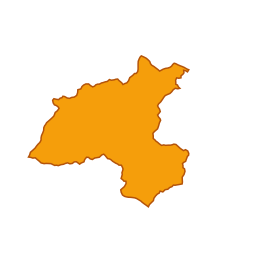 Bom Jardim de Minas, Minas Gerais, Brazil, rotated 37°
{"feature_id": "56859067B79987470912291", "entity_name": "Bom Jardim de Minas", "entity_type": "district", "adm_level": 2, "iso_a3": "BRA", "parent_name": "Brazil", "parent_adm1": "Minas Gerais", "projection": "orthographic", "projection_center": [-44.123, -21.937], "detail": "fine", "context": "isolated", "style": "filled", "palette": "amber", "viewbox_px": 256, "rotation_deg": 37, "n_neighbors": 0, "source": "geoboundaries", "source_scale": "gbopen_adm2", "svg_char_len": 3340}
<svg xmlns="http://www.w3.org/2000/svg" viewBox="0 0 256 256"><g transform="rotate(37 128 128)"><path d="M95.2,62.4L95.0,64.1L95.3,65.9L96.0,68.5L97.4,70.6L99.2,73.0L100.7,75.0L101.8,77.1L101.8,79.4L100.4,80.6L100.1,83.2L99.1,86.7L100.0,90.0L99.9,92.7L98.7,94.4L97.8,96.3L95.9,95.7L94.2,95.6L92.1,95.5L90.3,95.1L89.0,96.3L87.9,97.9L85.9,99.9L84.0,100.5L83.5,103.2L82.0,104.9L80.8,106.7L79.7,108.0L78.8,110.1L77.3,111.3L76.3,112.9L76.1,114.7L75.1,116.4L72.5,116.7L70.1,116.5L67.8,118.2L66.7,120.4L66.3,122.5L66.8,125.2L64.9,127.6L66.5,130.1L67.4,132.9L66.5,135.6L64.5,137.6L63.6,139.4L61.5,140.6L58.5,141.0L56.9,141.8L57.0,143.6L55.9,144.9L55.5,147.1L53.5,148.2L51.2,149.2L51.1,151.2L53.2,153.0L55.3,153.8L57.3,153.2L59.4,153.2L61.1,153.8L61.2,155.6L61.1,157.5L60.5,159.3L61.0,160.9L61.6,163.1L61.2,165.9L60.7,168.6L60.2,170.9L59.8,172.8L60.1,174.8L60.1,176.5L60.6,178.5L62.1,180.7L62.8,183.0L63.5,186.1L64.5,188.2L65.9,190.1L66.3,192.7L65.9,195.1L65.8,197.5L65.9,200.0L65.3,203.2L64.7,206.1L65.7,208.9L66.0,211.1L68.0,210.0L70.1,209.3L71.9,207.6L74.6,207.8L76.9,207.9L79.6,208.2L82.4,207.0L84.0,205.5L85.9,204.2L88.0,202.8L90.2,202.4L92.0,202.0L93.2,200.8L95.0,200.0L96.5,197.7L98.3,195.8L99.3,194.0L100.7,192.2L103.1,191.6L104.8,189.9L105.5,187.4L107.1,186.0L109.3,186.0L111.1,186.0L111.7,184.1L113.2,181.5L112.4,179.3L112.5,176.3L114.2,175.2L116.4,175.4L118.5,174.6L119.5,172.0L121.1,170.3L122.7,168.6L123.3,165.2L124.4,163.5L126.3,163.7L128.2,164.2L130.2,164.7L131.9,163.8L133.7,163.6L135.8,163.8L139.4,163.5L141.3,163.0L143.1,163.1L145.1,161.7L147.1,162.7L148.7,163.7L149.5,165.6L150.1,167.4L151.4,168.6L152.1,170.4L152.9,172.5L154.9,172.5L156.7,172.9L158.4,171.8L159.9,173.5L160.4,176.9L159.9,179.3L159.4,181.7L161.2,183.4L163.9,184.8L166.3,184.7L168.1,184.0L169.9,183.1L172.1,181.6L174.0,180.5L175.7,179.6L177.5,179.1L180.4,178.8L182.2,178.6L184.0,178.8L186.5,178.8L189.3,178.7L191.7,178.7L191.2,176.2L191.6,173.4L192.0,170.7L191.0,168.6L190.9,165.8L191.2,163.1L192.1,161.2L191.6,159.1L194.3,158.1L194.8,154.9L196.7,152.9L197.1,150.5L198.4,148.4L198.6,146.3L200.0,145.4L201.3,144.0L203.0,142.2L204.9,140.1L204.0,138.4L202.8,137.0L200.9,134.7L200.7,131.4L199.6,128.3L197.7,126.6L195.8,126.6L194.5,124.9L192.9,123.6L193.3,121.6L194.1,120.0L193.2,117.2L192.5,114.9L192.8,113.3L191.8,111.7L189.5,110.4L187.0,110.7L186.0,112.6L183.9,112.8L181.7,112.8L178.6,112.5L176.2,112.3L174.3,113.3L173.3,114.9L172.2,116.2L170.2,117.7L168.5,119.2L166.7,120.0L165.3,121.7L162.6,121.8L160.1,121.6L158.3,121.7L156.6,121.3L154.5,121.2L152.9,119.1L151.1,117.3L151.2,115.1L151.7,112.8L152.1,110.9L151.3,108.3L150.0,105.0L149.4,102.2L148.0,101.3L145.9,100.9L143.8,99.8L143.9,97.5L143.9,95.5L141.9,94.0L139.8,93.3L138.3,92.5L137.9,90.4L138.4,87.4L138.3,84.3L138.1,82.1L138.2,79.7L139.3,77.6L140.7,75.2L141.1,72.9L141.1,70.3L141.8,67.9L144.2,66.7L145.5,65.1L143.6,64.9L141.6,63.9L139.8,64.3L138.8,62.9L137.2,61.1L136.7,58.7L138.6,57.7L140.1,56.1L138.9,54.3L139.5,52.3L139.5,50.3L137.7,48.4L139.5,47.6L141.7,47.4L141.5,44.9L139.6,45.4L136.3,45.8L133.9,46.4L132.3,46.9L129.9,47.5L127.4,47.9L125.9,48.5L125.5,50.3L125.6,52.3L125.1,54.1L123.8,56.1L122.0,57.9L120.6,60.0L119.8,61.8L119.0,63.5L116.7,63.3L114.4,63.3L111.5,63.3L109.2,63.6L107.3,63.1L105.3,61.8L102.5,61.4L100.6,61.3L98.2,61.7L95.2,62.4Z" fill="#f59e0b" stroke="#b45309" stroke-width="1.5"/></g></svg>